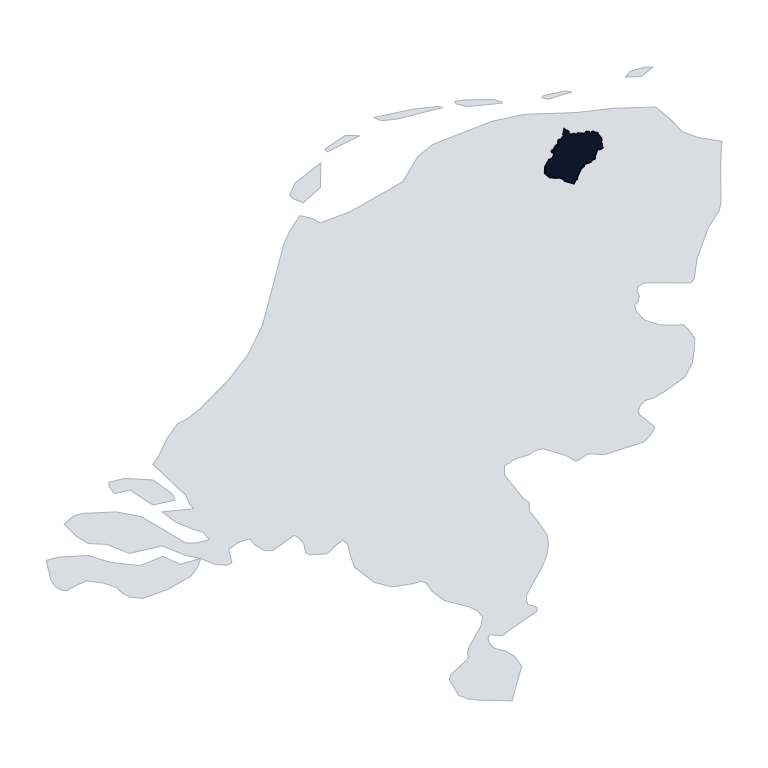 Westerkwartier, Groningen, Netherlands (highlighted)
{"feature_id": "6326949B76926686027911", "entity_name": "Westerkwartier", "entity_type": "district", "adm_level": 2, "iso_a3": "NLD", "parent_name": "Netherlands", "parent_adm1": "Groningen", "projection": "equal_earth", "projection_center": [6.305, 53.214], "detail": "fine", "context": "in_parent", "style": "filled", "palette": "ink", "viewbox_px": 768, "rotation_deg": 0, "n_neighbors": 0, "source": "geoboundaries", "source_scale": "gbopen_adm2", "svg_char_len": 7915}
<svg xmlns="http://www.w3.org/2000/svg" viewBox="0 0 768 768"><path d="M512.0,700.9L494.0,700.4L477.2,700.0L468.2,698.9L458.8,695.5L458.8,695.4L454.5,688.4L449.3,680.0L450.7,674.8L466.5,660.1L468.9,656.1L467.3,653.9L468.9,647.4L481.1,625.5L482.7,616.8L477.3,610.6L469.5,607.0L444.2,600.5L432.2,591.4L426.6,583.4L421.0,581.1L412.7,583.8L391.7,586.8L374.6,582.5L354.6,567.4L350.0,554.0L347.6,543.7L342.6,540.1L335.8,545.4L327.2,553.8L310.3,554.8L305.5,552.8L304.7,548.2L303.8,543.8L299.2,538.3L294.2,535.2L272.6,550.7L264.6,550.6L254.6,544.7L249.7,538.9L238.7,542.2L228.7,549.4L231.9,562.8L226.5,565.3L214.3,564.1L200.6,558.5L185.2,555.2L162.1,545.9L129.4,553.4L106.9,544.4L88.1,543.5L76.6,536.3L64.2,524.2L73.3,516.2L82.0,513.4L116.4,511.9L141.3,516.7L185.8,543.1L197.2,542.9L209.3,539.6L203.3,532.4L192.1,528.9L175.4,521.9L162.3,511.9L193.6,508.7L189.4,503.6L185.4,494.8L152.8,464.3L158.6,456.0L167.1,438.3L177.7,423.6L186.0,419.7L199.6,409.3L229.4,378.9L248.3,354.1L262.6,324.8L283.8,244.3L289.9,230.7L299.8,215.6L312.0,218.4L320.5,222.8L350.8,211.4L402.7,181.8L418.0,156.2L433.0,144.3L492.3,121.2L525.1,114.3L575.5,112.6L611.9,108.4L655.7,107.0L672.4,121.2L682.1,131.6L697.7,137.4L721.9,141.4L720.6,162.1L721.0,202.9L719.3,210.2L708.5,227.4L697.1,258.5L694.1,279.0L690.7,282.9L644.5,282.8L637.9,286.3L637.0,290.7L639.4,296.0L638.3,301.3L634.6,305.6L636.6,312.3L644.7,320.1L659.3,324.8L675.0,325.3L683.0,324.5L688.9,330.0L694.8,338.5L694.4,349.2L692.2,363.6L684.8,377.0L663.5,392.3L653.9,397.8L645.0,400.5L640.7,404.6L638.7,409.8L639.1,414.3L654.4,426.7L654.1,429.5L649.7,436.0L643.8,442.0L604.5,454.6L588.2,453.7L578.9,459.9L576.0,461.1L565.7,455.4L542.8,448.7L534.2,451.0L529.3,454.6L514.9,459.1L504.5,466.0L504.5,474.9L522.8,498.0L529.2,502.6L529.5,511.2L538.4,522.1L547.4,535.7L548.4,544.4L547.4,553.1L542.7,565.6L526.7,594.8L526.5,600.4L527.8,604.6L533.3,605.8L537.4,608.0L536.2,611.9L506.3,632.2L502.5,635.8L489.9,634.8L488.0,638.2L489.7,643.6L494.5,648.4L505.2,651.0L514.4,656.1L521.7,666.2L512.0,700.9ZM200.6,558.5L197.9,566.9L190.9,576.2L167.3,589.6L142.8,598.4L130.2,597.3L121.7,592.7L117.1,587.9L104.2,583.2L86.3,580.9L75.1,585.9L67.0,590.7L60.1,589.9L54.9,585.9L51.0,579.8L46.1,560.5L59.5,557.0L88.4,555.6L110.7,562.4L140.0,565.7L162.7,556.4L180.3,564.3L200.6,558.5ZM153.0,480.0L170.0,492.1L173.6,496.0L174.8,500.2L152.9,505.0L129.9,490.1L114.5,493.6L108.9,486.6L108.9,482.2L124.9,478.5L153.0,480.0ZM320.5,187.4L303.2,202.8L292.7,198.5L289.7,194.9L295.2,182.9L320.8,162.9L320.5,187.4ZM397.4,119.0L381.3,120.7L373.9,117.6L413.0,109.1L437.6,106.4L442.0,107.6L397.4,119.0ZM502.1,103.1L467.9,106.6L456.3,104.0L454.4,101.5L463.8,100.0L492.9,99.6L501.9,101.8L502.1,103.1ZM359.6,135.8L327.4,151.8L324.7,149.2L345.5,135.3L359.6,135.8ZM641.5,76.4L625.5,77.1L630.0,71.4L644.9,67.1L652.9,67.1L641.5,76.4ZM572.0,91.9L547.8,99.2L541.9,97.7L543.4,95.6L564.7,91.0L572.0,91.9Z" fill="#d9dde1" stroke="#a8b0b8" stroke-width="1"/><path d="M602.4,146.8L602.2,145.0L602.1,144.4L602.2,144.0L602.2,143.9L601.8,143.2L601.6,142.6L601.3,142.0L601.3,141.8L601.3,141.4L601.3,141.2L601.7,140.7L601.7,140.2L601.6,139.9L601.6,139.4L601.7,139.1L601.7,138.8L601.7,138.5L601.3,137.9L600.7,137.2L599.1,135.3L598.3,134.4L597.8,133.9L598.1,133.4L598.1,133.2L597.9,132.8L597.5,132.6L597.0,132.4L596.6,132.4L596.4,132.4L596.3,132.8L596.2,132.9L596.1,133.0L595.8,133.1L595.4,133.1L594.8,132.9L594.3,132.8L594.2,132.7L594.4,132.2L594.5,132.0L594.4,131.9L594.4,131.7L594.2,131.6L593.9,131.4L593.5,131.3L593.2,131.3L592.8,131.3L592.2,131.5L591.9,131.6L591.7,131.9L591.7,132.0L591.8,132.2L591.9,132.3L592.3,132.6L592.3,132.8L592.2,132.9L591.9,133.1L591.7,133.2L591.2,133.6L590.8,133.9L590.5,133.9L590.3,133.9L590.2,133.8L590.2,133.2L590.1,132.9L590.0,132.6L589.3,131.7L589.0,131.4L588.9,131.4L588.7,131.4L588.2,131.6L587.7,131.7L587.3,131.7L586.5,131.4L586.3,131.4L586.1,131.5L585.9,131.8L585.5,132.5L585.3,132.8L585.2,132.9L584.6,133.2L583.9,133.4L583.3,133.4L581.8,133.2L580.3,133.2L579.7,133.2L579.2,133.1L578.3,132.9L578.0,132.9L577.7,132.9L577.5,133.1L577.3,133.4L577.0,133.9L576.7,134.2L576.4,134.4L576.2,134.5L575.9,134.5L575.7,134.5L575.6,134.4L575.2,134.0L574.8,133.7L574.3,133.5L574.0,133.4L573.8,133.4L573.4,133.5L571.9,134.2L571.5,134.3L570.9,134.2L570.5,134.2L569.9,134.0L569.5,133.8L569.3,133.6L569.1,133.3L569.1,133.2L569.0,132.6L569.0,132.1L568.9,131.8L568.7,131.5L568.4,131.2L568.2,131.0L567.1,130.4L566.4,130.1L565.5,129.6L564.0,128.6L562.9,134.8L563.5,135.0L564.0,134.9L564.6,135.1L565.0,135.3L565.2,135.7L565.3,135.8L564.5,136.5L564.3,136.5L563.1,136.7L562.7,136.8L562.2,137.3L561.9,137.7L561.8,137.8L561.8,138.3L561.7,138.5L561.3,138.7L561.2,138.8L561.2,139.4L561.1,139.5L560.9,139.7L560.8,139.8L560.7,139.7L560.3,139.5L559.7,139.5L559.3,139.5L559.0,139.6L558.9,139.7L558.4,139.9L558.2,140.2L558.2,140.6L558.1,140.9L558.0,141.3L557.9,141.4L558.0,141.7L558.0,141.9L558.0,142.0L557.9,142.3L557.8,142.5L558.1,143.3L558.2,143.5L558.6,143.9L558.6,144.2L558.5,144.3L558.3,144.5L557.9,144.6L557.5,144.7L557.4,144.6L557.2,144.4L557.0,144.5L556.8,144.6L556.5,144.8L556.4,145.0L556.5,145.0L556.4,145.2L556.0,145.4L555.7,145.6L555.4,146.0L555.5,146.2L555.6,146.3L555.6,146.5L555.3,146.8L555.1,146.9L554.8,147.0L554.5,147.0L554.4,147.1L554.5,147.4L554.6,147.5L554.9,147.5L555.0,147.7L555.0,147.8L554.9,148.0L554.6,148.3L554.4,148.4L554.1,148.3L554.0,148.6L554.1,148.8L554.3,149.0L554.5,149.0L554.4,149.2L554.4,149.4L554.3,149.5L554.2,149.5L553.8,149.4L553.7,149.4L553.6,149.6L553.3,149.6L553.2,149.6L552.9,149.9L552.6,149.9L552.4,149.9L552.2,150.0L552.9,150.7L553.2,150.6L553.2,150.9L552.8,151.0L552.4,151.2L551.6,151.2L551.6,151.4L551.5,151.5L551.8,151.8L551.4,151.8L551.5,152.0L551.8,152.0L552.0,152.2L552.0,152.4L552.5,152.3L552.8,152.5L553.2,152.8L553.3,152.9L553.3,153.2L553.5,153.4L553.4,153.6L553.5,154.0L554.1,154.4L554.2,154.5L554.1,154.9L554.1,155.0L553.9,155.1L554.0,155.2L554.1,155.4L554.0,155.5L553.9,155.6L553.5,155.8L553.4,155.9L553.3,156.0L553.2,156.1L553.3,156.4L553.2,156.5L553.0,156.9L552.8,157.0L552.7,157.1L552.7,157.4L552.6,157.5L552.4,157.6L552.3,157.8L552.2,158.0L551.7,158.3L551.4,158.4L551.2,158.6L551.0,158.8L550.9,158.9L550.9,159.0L550.7,159.2L550.5,159.3L550.3,159.3L550.0,159.3L549.6,159.3L549.3,159.4L549.2,159.5L548.8,159.6L548.9,159.9L548.8,160.1L548.9,160.3L548.9,160.5L548.7,160.8L548.5,161.0L548.3,161.0L548.1,161.1L547.9,161.3L547.9,161.5L547.7,161.6L547.5,162.0L547.4,162.2L547.1,162.8L546.8,163.0L546.7,163.3L546.2,164.3L545.7,165.7L545.0,166.2L544.9,166.6L544.6,171.9L544.6,173.2L544.6,173.3L544.8,173.5L545.1,173.5L546.1,174.3L546.8,175.1L547.1,175.4L547.1,175.5L549.8,177.6L552.8,177.8L553.7,178.0L555.2,178.1L556.5,178.1L559.0,177.9L559.5,177.9L559.8,177.9L560.1,178.1L561.7,178.6L563.0,179.4L563.3,179.5L564.3,180.6L564.6,181.1L574.0,183.8L576.1,179.5L577.3,179.4L577.7,176.3L577.7,176.2L580.6,170.2L580.4,170.2L580.4,169.5L580.4,169.4L580.9,169.0L581.4,168.6L581.5,168.6L581.6,168.4L581.8,168.4L581.9,168.0L582.1,168.1L582.4,167.7L582.6,167.5L582.5,167.4L582.8,167.2L583.4,166.9L584.1,166.4L584.4,166.1L584.3,165.2L584.4,164.9L584.5,164.6L584.6,164.4L584.8,164.1L585.0,164.0L585.6,163.9L586.3,163.7L586.5,163.7L586.8,163.6L587.2,163.4L587.3,163.4L587.8,163.3L588.3,163.1L588.8,162.9L589.2,162.7L589.3,162.6L589.6,162.4L589.8,162.3L590.0,162.4L590.8,162.0L591.1,161.9L591.4,161.6L591.6,161.2L591.7,160.9L591.9,160.0L592.4,160.0L592.4,159.9L594.6,159.3L594.5,158.8L595.1,158.4L595.3,158.0L595.3,157.9L594.8,157.6L594.9,157.4L595.3,156.2L595.5,155.5L596.4,152.8L596.5,152.6L596.4,152.5L596.4,152.4L596.6,152.2L597.2,150.7L597.2,150.4L597.4,150.1L597.5,149.6L597.6,149.4L597.6,149.2L597.7,148.4L599.0,148.6L598.9,148.7L599.0,149.0L599.3,149.0L599.7,149.1L599.6,149.4L599.9,149.3L600.0,149.3L600.3,149.4L600.8,148.8L601.4,149.0L601.8,148.6L602.0,148.3L602.6,147.9L602.5,147.7L602.6,147.8L603.0,147.5L602.6,147.2L602.4,147.0L602.4,146.8Z" fill="#0f172a" stroke="#020617" stroke-width="1.5"/></svg>